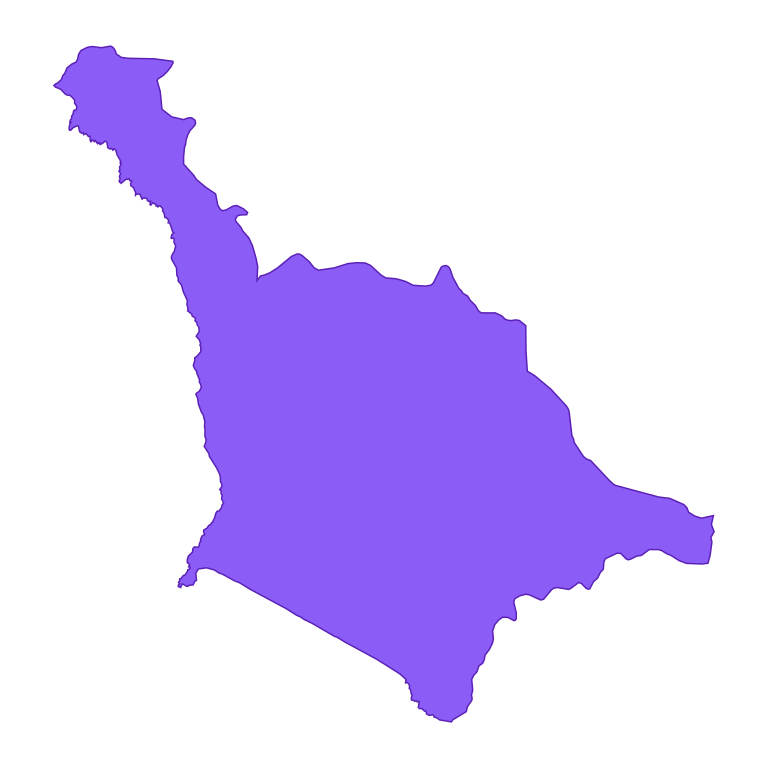 outline of Ilo, Moquegua, Peru
{"feature_id": "86281439B75431659471329", "entity_name": "Ilo", "entity_type": "district", "adm_level": 2, "iso_a3": "PER", "parent_name": "Peru", "parent_adm1": "Moquegua", "projection": "orthographic", "projection_center": [-71.301, -17.537], "detail": "fine", "context": "isolated", "style": "filled", "palette": "violet", "viewbox_px": 768, "rotation_deg": 0, "n_neighbors": 0, "source": "geoboundaries", "source_scale": "gbopen_adm2", "svg_char_len": 6037}
<svg xmlns="http://www.w3.org/2000/svg" viewBox="0 0 768 768"><path d="M713.4,515.6L701.5,518.2L694.8,516.1L688.5,512.1L687.0,507.9L683.9,504.6L669.8,498.4L658.6,497.0L615.4,485.4L613.1,484.0L608.3,479.4L590.6,460.5L586.8,459.2L583.5,456.6L574.1,442.3L573.7,439.4L571.9,435.6L569.3,413.1L568.5,409.5L566.6,406.3L551.1,389.4L534.6,375.6L527.3,371.2L526.0,350.9L525.8,325.7L519.4,320.5L515.8,319.9L511.1,320.6L507.7,320.2L505.0,319.1L501.8,315.9L495.4,312.9L481.2,312.9L478.4,310.7L475.4,305.5L470.2,300.3L467.7,296.1L462.9,293.3L461.4,290.8L458.8,288.3L452.8,277.2L450.2,269.3L448.6,266.9L446.0,265.5L442.6,266.2L441.2,267.2L433.6,282.5L431.2,285.1L425.6,286.1L413.1,285.3L406.0,281.6L399.7,279.7L395.5,278.7L385.7,277.9L381.0,275.0L370.5,265.4L365.3,263.0L356.9,262.7L347.9,263.6L334.2,267.9L318.4,270.2L313.9,267.6L309.3,261.7L302.3,255.7L299.4,254.0L296.9,254.0L291.4,256.5L277.5,267.9L270.0,272.7L264.5,275.0L260.6,275.9L257.0,280.6L257.7,266.5L256.0,258.1L252.4,245.5L248.9,238.0L242.8,231.0L240.8,227.2L236.0,221.5L235.3,219.5L237.2,216.0L240.3,215.0L246.7,214.7L247.6,212.4L243.2,208.7L236.9,205.5L233.0,206.1L226.2,209.9L222.9,210.6L221.3,210.3L219.4,208.0L217.7,204.8L215.6,193.9L205.5,187.1L196.5,179.5L193.7,175.3L183.6,164.1L183.6,156.6L184.5,147.4L185.6,144.3L185.9,140.7L187.7,135.0L190.0,130.7L194.9,125.1L195.6,122.8L195.0,120.2L191.5,117.7L188.1,117.9L183.6,119.6L171.8,116.9L162.6,109.8L161.9,108.6L160.2,91.3L157.1,80.7L158.0,78.9L163.6,75.2L167.1,71.7L170.9,66.9L173.1,62.7L172.8,61.3L154.2,58.8L128.3,58.3L121.3,57.4L116.5,54.1L114.7,49.6L113.0,47.4L110.7,46.1L101.7,47.7L91.7,46.5L87.0,47.5L81.0,50.5L78.6,54.3L77.7,59.0L76.1,62.0L71.6,64.2L66.9,68.0L64.8,73.3L62.7,75.8L61.5,79.4L57.3,83.3L56.0,83.6L53.9,85.5L55.5,87.1L60.6,89.2L65.2,94.0L67.4,95.2L69.2,95.1L70.6,95.8L74.6,99.9L74.6,103.3L76.6,106.0L76.6,108.4L76.0,110.1L74.4,110.1L73.6,110.8L73.1,113.8L71.6,116.3L71.6,118.5L70.3,120.1L69.8,122.5L70.9,122.3L69.3,125.9L69.1,129.3L69.7,130.3L70.9,130.1L73.2,127.6L77.6,125.6L78.6,126.6L79.6,131.7L81.5,133.1L83.3,133.0L83.6,134.6L86.3,133.6L88.4,136.5L90.0,136.2L90.2,140.6L91.0,141.7L92.1,139.9L94.4,141.6L95.3,140.4L96.9,142.9L97.7,142.5L97.9,143.5L98.5,142.8L99.2,143.3L99.8,142.9L100.1,144.5L102.4,143.5L104.9,141.3L106.2,141.5L107.0,142.8L107.8,147.7L109.9,149.0L111.8,148.5L112.8,150.2L114.5,148.8L115.8,150.3L117.1,154.9L120.4,160.6L120.3,163.2L121.3,163.2L119.5,167.5L120.0,170.0L118.9,171.0L120.6,173.7L119.4,176.5L120.2,179.2L119.1,180.7L119.7,182.3L120.4,182.3L121.1,183.3L126.2,179.1L127.4,179.4L128.9,178.7L130.0,180.8L131.7,181.0L130.6,183.6L130.9,185.8L133.5,187.6L135.6,192.4L135.5,195.2L136.5,194.1L139.8,194.1L142.1,199.1L143.1,198.1L145.8,198.0L147.0,198.8L147.4,200.6L148.9,201.5L150.6,201.2L150.0,204.1L150.3,205.0L151.0,205.0L152.6,202.9L156.0,204.4L156.1,206.1L157.5,205.8L158.0,206.9L159.5,205.7L160.2,205.8L163.2,209.3L162.5,210.8L164.1,213.2L164.9,217.5L166.1,217.5L168.6,220.1L168.2,222.8L169.2,222.9L170.2,224.2L172.7,231.9L173.9,232.7L171.9,234.6L171.1,237.6L171.4,238.4L173.3,238.2L174.1,238.8L174.0,242.3L175.7,245.9L174.1,251.8L172.4,254.2L171.3,257.6L172.0,259.9L176.5,267.9L176.9,275.6L178.2,277.6L178.2,281.1L181.5,285.0L183.4,292.0L187.4,300.7L186.9,304.3L188.1,309.3L187.6,310.8L191.7,314.1L192.2,316.1L194.9,317.7L195.4,319.0L195.0,320.9L196.6,322.2L197.4,325.2L198.8,327.2L199.2,331.5L196.2,336.3L199.3,339.8L200.6,343.6L199.9,345.3L200.8,346.2L200.8,351.7L196.6,356.6L194.8,357.6L194.8,360.3L193.3,365.4L194.6,368.6L196.6,371.2L196.9,373.4L199.5,379.8L199.3,382.0L200.6,384.3L201.3,387.3L199.5,391.0L196.3,393.4L195.9,394.3L197.6,398.2L198.5,404.4L201.5,412.4L203.2,414.8L204.9,421.9L204.5,426.4L205.0,429.6L204.9,436.5L205.9,438.4L206.0,441.8L204.2,446.4L208.9,453.6L209.4,456.4L216.6,467.9L219.7,474.4L220.3,476.7L220.5,481.7L221.5,483.2L221.9,486.6L219.7,489.5L221.3,491.1L221.0,493.1L222.1,495.4L221.6,498.9L223.6,503.0L222.2,504.8L221.2,508.3L218.8,511.1L217.2,511.2L215.8,513.3L214.8,517.2L212.5,522.2L211.5,522.8L211.1,524.1L208.7,525.5L206.8,528.3L203.9,529.9L203.5,531.5L204.7,534.5L202.0,536.0L200.5,539.6L200.9,541.2L200.1,541.9L199.3,544.0L199.1,546.0L197.9,547.3L194.5,546.9L192.9,548.5L192.5,552.1L188.4,556.0L187.3,559.6L187.3,562.6L189.6,564.4L188.7,566.9L189.9,566.8L190.2,567.7L189.4,569.2L187.8,569.7L187.6,571.1L184.9,575.1L183.3,575.5L180.7,578.8L179.7,578.9L179.6,580.6L178.5,582.5L179.6,583.8L178.3,585.1L178.3,586.6L180.5,587.4L180.3,586.7L181.2,586.3L182.3,583.8L186.9,586.4L188.3,586.1L189.3,585.2L193.0,585.0L195.0,581.2L196.5,580.4L195.8,573.2L198.4,569.0L206.5,567.8L214.4,570.0L219.3,573.2L222.1,574.0L234.3,580.7L239.6,582.8L250.5,589.5L286.1,608.6L296.7,615.3L300.1,616.7L304.4,619.6L311.9,623.2L334.5,636.4L336.8,637.1L345.2,642.2L376.6,659.2L393.0,669.5L400.1,674.1L405.9,679.3L405.6,682.9L407.2,682.5L408.8,684.0L409.6,686.3L409.2,688.2L410.7,690.1L411.2,693.7L412.1,695.6L411.3,698.0L411.5,700.0L413.9,700.4L414.6,701.3L416.3,700.7L417.3,701.9L419.2,701.6L418.3,707.5L419.5,708.6L421.9,708.6L424.5,711.1L426.0,711.1L426.5,713.9L428.5,715.1L430.4,715.3L432.6,714.7L433.8,715.6L434.0,717.0L436.9,717.9L439.6,719.9L451.4,721.9L452.8,719.8L466.2,711.7L467.4,706.7L471.8,700.4L472.1,698.2L471.5,695.1L472.7,690.2L471.7,679.4L473.7,675.4L477.0,671.7L478.9,665.9L482.7,663.2L484.2,659.8L485.1,655.1L489.2,649.7L492.4,643.4L493.4,638.8L492.6,631.3L494.7,624.7L498.8,619.9L502.5,617.3L507.7,617.3L513.9,620.6L515.3,620.3L516.2,618.9L516.3,613.0L513.7,601.9L514.9,598.7L519.6,595.9L526.0,594.2L529.4,594.9L540.6,600.0L543.6,599.3L551.3,590.0L553.3,588.4L557.0,587.5L568.6,589.4L570.5,588.6L578.7,582.5L581.6,583.6L586.2,588.4L588.4,589.2L589.7,588.9L593.5,581.7L597.6,578.1L600.2,572.7L603.3,569.2L603.9,562.1L605.3,558.7L617.0,553.2L620.8,553.4L626.0,558.8L628.1,559.8L630.8,559.1L636.7,556.1L641.4,555.4L649.2,549.6L658.5,549.6L661.3,550.4L667.4,554.1L670.5,555.1L679.3,560.7L686.6,563.4L702.4,564.0L708.0,563.2L710.1,555.3L711.9,542.2L710.9,537.4L714.1,531.7L711.4,524.5L713.4,515.6Z" fill="#8b5cf6" stroke="#5b21b6" stroke-width="1.5"/></svg>